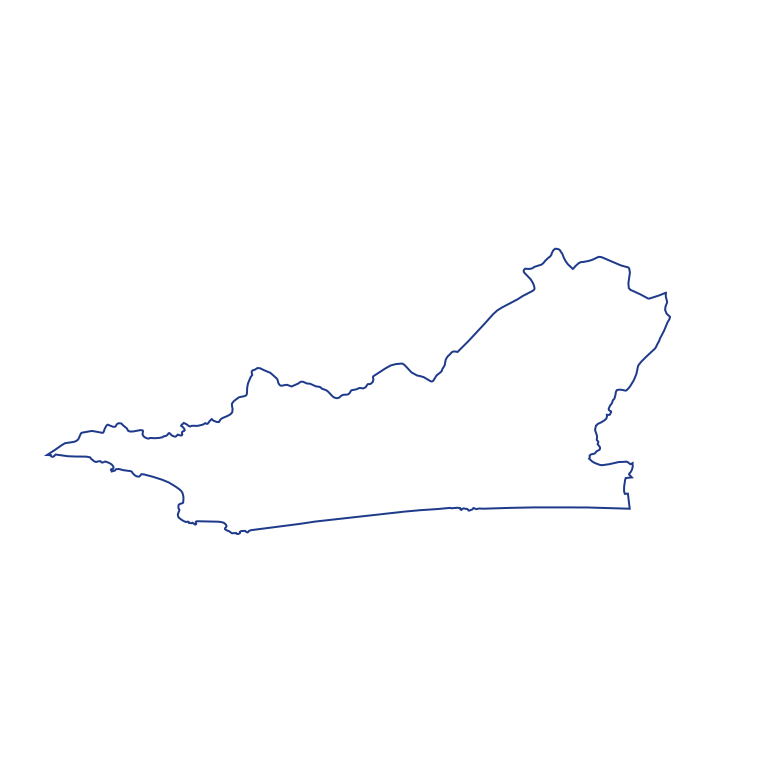 Duc Pho, Quảng Ngãi, Vietnam, rotated 115°
{"feature_id": "81297802B20968372540645", "entity_name": "Duc Pho", "entity_type": "district", "adm_level": 2, "iso_a3": "VNM", "parent_name": "Vietnam", "parent_adm1": "Quảng Ngãi", "projection": "albers", "projection_center": [108.978, 14.748], "detail": "fine", "context": "isolated", "style": "outline", "palette": "blue", "viewbox_px": 768, "rotation_deg": 115, "n_neighbors": 0, "source": "geoboundaries", "source_scale": "gbopen_adm2", "svg_char_len": 6166}
<svg xmlns="http://www.w3.org/2000/svg" viewBox="0 0 768 768"><g transform="rotate(115 384 384)"><path d="M423.1,505.5L425.9,507.3L427.1,508.8L428.4,509.2L429.8,508.6L431.5,507.2L434.1,507.8L440.9,507.5L445.0,506.5L450.9,504.1L452.5,504.1L453.9,505.2L457.3,509.8L462.6,512.7L465.1,513.4L466.4,513.4L467.9,512.6L470.6,510.7L473.3,509.7L474.8,509.8L476.7,510.6L479.4,512.6L483.1,516.0L485.0,517.1L488.3,517.6L489.1,519.5L489.3,523.2L488.6,525.3L490.8,526.2L494.5,527.0L495.0,527.7L495.0,529.4L497.4,531.0L500.9,535.5L502.6,539.5L503.3,540.8L504.4,541.7L504.6,542.7L503.9,546.5L503.9,549.0L506.8,550.2L507.6,550.2L507.8,548.9L508.6,546.8L509.4,545.7L510.1,545.1L510.9,545.3L511.5,545.9L512.9,546.7L514.0,546.4L514.9,545.5L515.8,545.5L516.3,545.9L516.7,547.1L517.1,549.5L519.4,550.4L520.0,551.0L520.4,553.4L520.0,555.7L519.4,556.7L519.3,558.0L519.7,558.4L521.8,558.8L523.1,559.7L523.8,560.3L524.4,561.5L525.8,562.2L526.2,562.8L527.6,564.5L530.0,568.8L531.7,573.1L532.8,574.0L533.4,575.7L533.4,578.5L532.9,580.0L531.7,581.6L528.8,582.4L528.1,583.0L528.4,584.5L528.9,585.5L532.9,591.1L534.1,593.4L534.5,594.7L534.5,596.2L533.1,598.0L532.5,599.8L531.8,602.8L530.8,605.4L531.7,608.0L533.3,609.1L535.6,609.3L536.3,609.6L536.9,610.6L537.3,611.7L537.6,617.2L538.1,617.6L539.4,618.0L542.8,618.2L545.8,617.8L547.2,618.3L549.6,627.6L550.3,629.4L555.9,637.3L556.8,637.8L562.9,637.7L564.0,637.9L566.4,639.4L567.8,641.0L572.5,648.1L575.6,650.2L583.2,654.6L590.8,659.4L589.9,657.2L589.2,656.2L589.2,655.9L590.3,655.0L589.9,653.2L589.0,652.6L586.7,651.8L583.1,640.1L579.8,632.2L575.8,623.6L574.7,619.4L575.7,617.5L576.0,615.8L576.5,614.5L576.5,612.4L576.0,611.4L575.2,610.8L573.9,608.7L573.9,607.9L574.4,607.1L574.4,606.6L573.9,605.6L572.1,603.9L571.9,603.3L571.7,599.4L572.0,596.8L573.2,594.4L574.3,593.7L575.5,593.8L576.5,595.2L577.0,595.3L577.3,595.2L577.6,594.3L578.3,593.8L576.3,591.4L574.6,590.9L574.2,590.4L573.0,588.2L572.4,584.3L570.0,576.6L570.1,575.5L571.1,574.0L572.2,570.7L572.1,568.6L571.7,567.3L571.1,566.6L569.8,566.1L568.5,565.9L568.2,565.6L567.4,563.4L565.8,554.5L564.5,544.5L564.2,537.2L565.1,529.3L566.0,524.6L566.7,522.5L567.8,520.7L570.3,518.6L572.6,517.3L576.4,515.9L576.9,516.1L577.7,516.8L578.0,517.4L579.6,518.7L580.3,519.0L581.9,518.6L583.5,517.7L584.7,516.1L589.1,515.8L590.6,515.0L591.8,513.7L592.5,510.8L592.8,508.6L592.9,505.9L592.5,504.7L591.6,503.6L591.6,502.7L592.1,502.5L592.4,502.0L591.5,499.6L590.7,499.1L591.2,495.8L590.6,495.1L589.9,495.2L589.0,496.2L588.2,496.2L587.4,495.5L578.5,475.2L577.8,472.6L577.5,470.6L577.9,468.7L578.4,467.6L579.3,466.7L580.2,466.6L581.9,467.1L582.6,466.9L582.9,466.5L583.1,463.3L582.8,462.5L583.5,459.2L583.4,458.4L581.5,455.0L582.0,454.3L581.9,453.7L581.4,452.6L580.4,451.7L579.8,451.6L578.9,452.1L577.7,451.3L575.8,447.8L576.3,446.0L576.1,444.8L574.3,444.3L572.7,442.8L546.3,401.1L537.8,388.3L491.0,311.5L483.2,298.1L474.4,282.1L468.6,272.2L468.2,271.3L468.1,270.1L467.3,269.1L466.3,267.0L465.7,266.4L464.3,262.9L464.3,262.4L464.7,261.9L465.4,261.7L465.4,260.7L464.2,260.3L463.1,259.3L462.1,255.5L462.9,253.8L462.8,253.3L460.3,250.9L458.6,250.5L458.4,247.5L456.6,245.1L455.2,241.6L442.8,217.0L432.2,195.4L410.3,148.3L393.2,108.6L380.3,116.6L381.0,118.0L381.8,119.0L381.4,119.7L379.6,121.2L375.5,123.0L369.2,124.9L367.1,125.2L363.9,119.9L362.4,123.7L361.4,123.8L359.5,123.2L356.6,123.1L353.9,123.6L350.6,125.3L352.4,126.5L352.5,127.1L351.8,130.2L351.9,131.5L353.4,134.1L355.4,138.1L361.5,146.0L364.9,151.2L365.7,152.7L366.1,154.2L366.5,159.7L366.3,162.3L365.0,166.6L363.8,166.4L362.0,167.4L361.0,167.0L360.2,166.5L358.0,163.7L356.9,163.3L355.5,163.1L352.5,160.9L351.3,160.9L350.2,161.5L349.8,161.9L348.2,165.0L346.5,165.1L345.9,165.3L345.5,165.8L345.0,167.2L344.4,167.7L342.3,168.3L340.7,169.3L336.5,173.3L332.1,174.3L330.8,173.6L330.0,173.5L327.0,171.0L324.0,169.0L321.6,167.9L319.2,168.2L317.7,169.0L316.9,166.9L316.5,166.5L315.1,166.3L313.3,166.3L312.8,166.9L312.9,167.7L312.5,169.2L311.5,169.9L308.1,170.0L305.1,169.3L302.1,169.7L299.9,169.0L296.1,169.6L293.6,170.4L291.7,170.5L290.9,170.2L289.4,167.9L288.5,164.9L288.0,162.5L287.5,161.7L285.3,160.8L282.3,160.0L275.1,159.2L268.2,159.5L261.0,161.2L259.3,161.3L254.8,160.2L248.3,157.8L237.4,153.4L235.7,153.1L232.0,153.1L229.1,152.8L226.1,153.1L217.1,152.7L208.2,153.1L204.6,152.7L202.2,153.2L200.9,157.5L198.1,160.5L194.9,161.6L190.4,161.9L189.1,162.7L186.2,165.2L184.0,166.4L182.2,166.9L182.1,167.1L187.8,172.4L194.6,179.8L194.9,180.9L194.4,189.9L194.5,200.3L194.1,201.6L193.5,202.7L189.4,205.1L179.1,208.2L175.7,210.6L175.3,211.4L175.1,212.4L175.5,214.0L176.4,219.4L177.1,240.5L178.1,243.3L183.2,247.5L185.9,250.4L189.4,255.3L190.3,257.1L192.4,258.7L196.4,260.4L199.2,261.1L199.9,261.5L197.8,267.9L196.2,270.8L194.1,273.8L190.4,277.7L189.5,279.6L188.4,281.0L188.1,282.4L188.3,283.9L189.1,286.1L191.5,287.1L194.5,287.2L196.3,286.9L198.2,287.3L200.2,288.4L204.0,289.9L207.2,290.7L209.1,291.6L214.3,297.2L216.1,298.2L217.3,299.4L218.6,301.5L219.9,304.9L221.3,305.3L222.3,305.3L223.2,304.8L224.0,303.5L227.1,295.4L229.3,292.0L231.7,289.4L233.7,288.0L234.3,287.8L235.4,287.9L237.0,288.8L245.7,295.5L250.9,298.8L264.5,309.2L269.2,312.3L274.3,314.5L286.5,318.2L309.4,325.6L323.9,330.9L324.3,332.7L325.1,334.6L325.6,335.3L326.7,336.0L329.8,337.0L331.1,337.6L333.3,338.2L336.1,338.3L341.6,336.9L345.8,337.4L348.1,337.2L350.5,338.2L354.0,340.0L360.1,340.7L361.4,341.5L361.8,342.8L361.0,351.0L361.7,355.3L362.3,357.5L361.9,363.9L358.2,373.1L357.7,375.6L358.1,376.8L360.9,381.6L364.2,385.6L369.1,389.2L381.4,396.9L382.5,396.9L384.4,395.5L387.0,395.1L389.1,395.9L389.8,396.5L391.1,398.7L394.8,399.3L396.9,401.1L397.6,403.7L398.2,404.8L400.3,406.6L401.5,408.1L403.0,410.3L403.8,411.0L407.1,411.4L408.4,412.1L409.4,413.3L410.8,416.0L412.0,417.4L415.3,418.9L416.6,420.4L417.0,421.3L417.3,424.1L416.7,426.0L414.7,431.0L414.2,432.8L414.1,434.2L414.5,438.2L413.8,440.4L414.0,441.9L414.9,444.6L415.0,451.2L416.1,454.0L416.2,458.3L417.1,460.4L419.8,461.9L425.3,466.7L425.7,471.3L426.3,472.6L428.8,476.0L429.1,477.0L429.1,477.8L428.7,478.8L427.7,480.2L425.5,482.0L424.4,483.3L421.9,491.7L422.2,498.5L422.1,503.1L423.1,505.5Z" fill="none" stroke="#1e3a8a" stroke-width="2"/></g></svg>